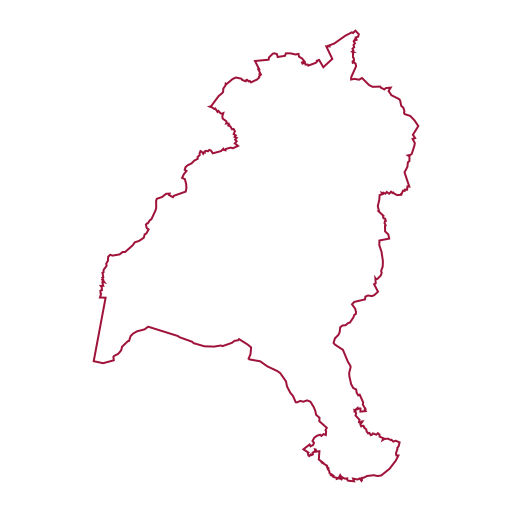 Atlapexco, Hidalgo, Mexico (Albers equal-area conic projection)
{"feature_id": "50627088B28473489349448", "entity_name": "Atlapexco", "entity_type": "district", "adm_level": 2, "iso_a3": "MEX", "parent_name": "Mexico", "parent_adm1": "Hidalgo", "projection": "albers", "projection_center": [-98.36, 21.021], "detail": "fine", "context": "isolated", "style": "outline", "palette": "rose", "viewbox_px": 512, "rotation_deg": 0, "n_neighbors": 0, "source": "geoboundaries", "source_scale": "gbopen_adm2", "svg_char_len": 6024}
<svg xmlns="http://www.w3.org/2000/svg" viewBox="0 0 512 512"><path d="M385.8,88.1L384.4,89.4L380.9,87.7L380.3,86.6L372.5,86.8L369.1,85.1L362.0,78.0L359.1,79.7L354.5,78.9L351.1,79.5L351.2,77.2L356.1,66.2L355.6,63.7L354.2,62.5L352.8,62.8L352.6,61.4L354.0,60.5L353.8,58.2L353.0,57.4L353.0,53.6L353.5,52.7L351.9,52.3L353.3,52.1L352.2,51.6L353.4,50.7L352.5,48.7L354.2,47.2L353.5,45.1L354.9,43.3L353.7,41.3L354.8,39.6L355.3,40.3L356.6,39.8L355.7,37.5L358.2,36.6L358.8,34.2L355.4,30.7L353.0,33.0L351.9,32.3L345.2,35.8L334.3,43.5L328.5,45.7L329.1,46.4L326.3,46.4L332.3,58.9L323.3,67.2L319.1,59.9L317.0,60.7L317.3,61.2L315.8,62.8L308.3,65.6L307.8,64.6L305.5,64.6L304.9,62.5L302.5,63.6L302.0,62.5L304.4,61.4L302.1,58.5L299.0,56.6L298.5,53.9L295.7,54.5L290.2,53.3L285.9,53.3L285.0,55.8L277.7,57.0L276.9,54.1L274.3,53.3L272.8,53.7L269.1,57.3L268.6,59.7L255.0,61.0L259.2,69.3L258.3,69.4L260.8,74.4L259.6,74.5L260.1,75.3L259.1,76.5L259.3,77.3L257.1,79.5L250.9,82.4L249.7,80.9L248.7,81.4L247.0,79.8L246.4,79.9L245.7,81.3L242.1,79.9L241.4,78.7L235.9,77.5L232.5,79.1L226.5,84.1L225.7,83.6L225.4,85.6L223.3,88.6L223.1,91.9L222.5,92.8L218.6,96.1L211.2,106.1L209.8,106.6L212.1,107.4L214.3,109.0L215.3,108.5L217.5,111.9L218.4,110.9L220.5,113.3L221.8,113.7L223.3,113.1L222.3,116.4L222.7,118.6L226.2,121.2L226.7,122.3L226.1,123.5L228.6,123.5L229.2,124.6L228.4,125.6L230.4,126.4L232.0,129.3L233.6,129.0L234.9,131.2L233.7,134.2L235.8,135.4L234.6,136.9L236.7,137.9L235.1,139.6L236.7,141.2L234.8,143.4L238.0,145.9L232.9,148.3L230.7,147.6L225.6,149.0L225.5,150.3L223.5,149.8L223.2,148.9L221.0,151.1L212.8,153.3L211.0,150.6L209.3,149.9L208.0,151.3L206.1,150.8L204.6,151.5L204.7,152.4L204.2,152.2L203.2,153.8L201.9,151.9L200.5,151.1L199.6,153.3L199.7,155.1L197.6,157.0L197.7,158.8L194.3,160.6L191.5,163.4L187.6,165.3L185.5,167.2L184.7,169.8L186.5,171.0L183.9,174.1L182.1,177.9L184.9,179.2L186.2,184.3L186.4,188.5L185.7,191.6L173.8,195.8L172.9,197.2L169.0,195.0L169.6,193.6L166.1,193.8L162.1,197.0L156.8,198.8L156.1,200.8L156.2,207.9L155.4,210.7L151.4,219.2L149.8,220.3L147.9,223.3L146.8,223.5L145.9,224.7L146.8,228.2L148.6,229.4L146.4,233.4L144.7,234.4L143.8,237.7L139.1,240.9L134.8,242.3L132.6,245.4L125.1,252.0L122.6,252.0L119.6,254.4L112.6,255.6L110.2,254.8L108.2,256.7L107.9,260.8L106.2,263.7L106.6,265.8L103.6,269.8L103.5,272.4L102.5,272.8L103.3,277.2L102.3,277.7L103.2,279.7L102.4,279.9L104.2,282.1L103.0,281.7L102.3,282.2L103.3,285.8L100.8,285.9L101.7,287.2L102.0,290.1L100.4,290.7L100.6,293.5L101.1,294.0L99.9,297.5L105.6,297.7L93.7,361.2L103.1,363.2L113.8,360.3L113.4,356.9L114.1,355.9L118.0,354.0L119.9,351.9L121.2,350.2L122.1,346.7L127.8,341.2L129.0,341.0L130.6,336.1L133.2,333.5L137.1,331.3L144.5,329.4L148.2,326.7L177.8,336.0L179.5,337.2L192.0,341.7L193.7,343.2L204.5,346.3L214.1,346.6L220.9,345.5L222.5,346.1L231.8,342.9L234.6,340.8L238.0,340.3L239.0,339.1L247.6,344.5L251.1,347.4L250.5,354.2L248.6,358.7L249.4,359.4L260.2,361.3L267.4,366.4L277.4,371.1L280.3,373.2L286.0,381.4L287.0,386.4L290.3,392.8L293.0,396.0L295.7,402.2L296.9,402.4L300.3,400.9L303.3,401.7L307.1,400.4L310.4,401.7L313.7,407.0L315.4,411.2L316.1,414.8L319.5,417.8L319.3,421.2L326.8,427.8L325.5,430.3L326.1,431.2L325.8,435.0L323.5,434.1L321.5,435.9L320.1,434.7L316.7,435.9L314.2,437.8L312.5,441.0L314.0,442.8L313.1,445.0L310.5,446.3L309.6,444.5L303.4,449.3L308.4,452.6L307.9,453.2L308.4,455.5L309.4,456.1L310.7,454.5L311.6,455.1L312.9,454.4L312.5,452.9L313.9,451.9L315.3,451.8L314.9,449.3L315.7,449.5L316.3,451.5L319.4,451.2L318.8,459.5L322.8,462.5L322.2,462.8L327.0,465.7L326.9,466.9L328.3,467.8L328.5,469.3L328.0,469.3L329.3,471.2L329.6,473.3L332.1,474.7L331.4,475.3L333.3,475.8L332.9,476.5L333.5,477.0L336.9,477.9L336.8,478.9L338.4,478.4L340.2,475.1L341.2,476.6L340.1,478.7L341.5,479.4L342.5,477.4L344.5,478.6L347.2,478.4L347.0,479.4L348.1,480.7L354.1,481.3L353.1,478.6L357.4,479.5L359.6,478.5L361.5,480.9L362.0,480.2L361.7,477.9L364.0,477.6L367.0,476.0L373.8,475.2L377.3,476.0L381.2,475.5L389.5,468.8L395.6,460.9L398.4,455.5L396.3,455.3L396.0,453.1L397.4,449.2L397.3,447.8L398.6,446.3L399.6,442.4L395.5,440.7L393.3,441.6L391.5,439.8L390.8,440.1L388.1,438.7L384.6,438.9L382.6,440.1L383.3,438.2L379.6,436.6L379.5,434.6L377.9,433.2L376.3,434.7L372.9,433.4L372.0,434.7L370.8,435.2L369.4,432.9L368.1,433.4L366.6,431.4L366.2,429.3L364.1,427.7L364.2,426.6L363.0,425.7L361.2,426.4L360.4,424.5L362.5,421.4L361.5,421.5L360.4,423.1L359.0,422.3L359.5,419.8L355.5,415.5L356.1,413.6L355.5,411.3L354.6,411.6L354.4,410.0L355.0,410.2L357.4,408.1L357.4,409.2L359.9,408.3L360.5,408.5L360.4,411.6L365.7,411.1L364.8,409.4L365.5,409.0L362.8,404.6L363.2,402.5L359.7,394.7L358.3,395.4L356.6,392.6L356.2,389.5L353.3,388.1L351.1,384.1L349.3,375.9L349.2,372.8L350.6,367.2L350.4,365.8L348.0,362.0L342.9,349.8L334.8,344.5L333.6,342.9L334.9,338.4L338.4,334.9L339.6,332.4L340.2,327.3L342.5,325.5L345.6,325.2L348.2,323.0L349.9,322.6L353.4,317.4L354.3,314.9L355.8,314.0L356.0,312.0L355.2,308.8L352.0,304.3L354.3,301.9L365.0,299.4L365.4,296.6L368.0,295.5L371.9,296.1L374.3,295.1L378.0,291.7L374.1,284.2L375.7,283.3L375.4,278.2L376.0,279.1L377.4,278.9L380.7,275.6L381.7,272.9L381.1,271.0L382.7,266.6L382.9,261.0L381.5,251.7L379.3,245.2L379.4,240.5L389.2,238.6L388.3,234.4L385.1,231.4L385.0,225.9L385.7,225.3L384.5,223.0L385.1,220.9L385.8,220.8L385.4,219.5L385.1,218.7L383.5,218.3L383.1,216.6L383.5,215.9L378.5,211.2L379.0,211.0L377.8,206.2L379.3,199.7L379.6,195.1L383.6,193.9L381.8,193.6L381.6,192.8L382.9,193.5L383.4,192.7L385.4,193.7L386.7,192.0L389.2,193.7L391.1,191.7L392.4,193.0L393.2,192.5L394.3,193.7L397.2,195.1L401.2,194.8L401.1,193.9L401.7,193.7L403.0,190.7L404.6,190.9L404.8,189.6L407.1,189.7L407.4,186.4L409.3,186.6L404.5,172.3L407.4,166.9L407.9,162.3L409.4,161.1L409.5,156.5L407.9,155.4L410.7,154.8L411.8,153.7L414.4,145.7L414.8,143.0L412.6,138.9L415.1,138.1L412.9,134.8L418.3,126.1L414.6,120.5L410.2,115.9L404.7,114.1L404.0,112.9L404.4,111.1L403.3,107.7L401.2,105.8L400.3,101.1L399.4,99.3L391.4,95.2L388.6,91.0L390.7,87.6L385.8,88.1Z" fill="none" stroke="#9f1239" stroke-width="2"/></svg>